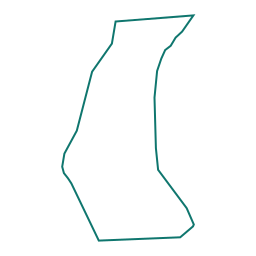 map outline of Šenčur (orthographic projection)
{"feature_id": "SVN-985", "entity_name": "Šenčur", "entity_type": "Municipality", "adm_level": 1, "iso_a3": "SVN", "parent_name": "Slovenia", "parent_adm1": "", "projection": "orthographic", "projection_center": [14.43, 46.242], "detail": "fine", "context": "isolated", "style": "outline", "palette": "teal", "viewbox_px": 256, "rotation_deg": 0, "n_neighbors": 0, "source": "natural_earth", "source_scale": "10m", "svg_char_len": 407}
<svg xmlns="http://www.w3.org/2000/svg" viewBox="0 0 256 256"><path d="M115.6,21.5L193.4,15.4L182.1,31.6L175.6,37.6L170.7,45.8L165.2,50.0L161.3,58.6L157.1,71.0L154.5,97.6L155.9,148.1L158.1,169.8L186.7,208.2L193.8,224.5L193.0,226.4L180.2,237.3L98.8,240.6L71.4,183.5L68.0,178.3L63.9,173.1L62.2,166.7L64.4,153.6L76.8,130.7L92.1,71.7L111.9,43.6L115.6,21.5Z" fill="none" stroke="#0f766e" stroke-width="2"/></svg>